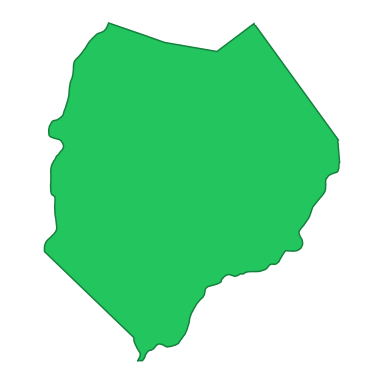 Dacretin, Choiseul, Saint Lucia (Mercator projection)
{"feature_id": "8701671B29376048072153", "entity_name": "Dacretin", "entity_type": "district", "adm_level": 2, "iso_a3": "LCA", "parent_name": "Saint Lucia", "parent_adm1": "Choiseul", "projection": "mercator", "projection_center": [-61.036, 13.796], "detail": "fine", "context": "isolated", "style": "filled", "palette": "green", "viewbox_px": 384, "rotation_deg": 0, "n_neighbors": 0, "source": "geoboundaries", "source_scale": "gbopen_adm2", "svg_char_len": 5877}
<svg xmlns="http://www.w3.org/2000/svg" viewBox="0 0 384 384"><path d="M255.6,25.7L254.2,24.9L254.2,24.5L254.0,23.6L216.9,51.5L164.3,42.4L145.0,35.5L108.6,23.0L106.8,27.4L106.6,27.8L106.2,28.4L105.1,29.8L104.5,30.5L103.9,31.0L103.3,31.4L102.9,31.6L101.7,32.2L100.2,32.8L99.4,33.0L97.8,33.6L97.5,33.8L96.8,34.2L96.2,34.7L94.1,36.9L93.4,37.5L92.7,38.1L90.4,40.6L89.4,41.7L88.4,43.1L86.8,45.7L85.7,47.5L85.0,48.6L81.1,53.9L79.0,56.3L77.5,57.9L76.2,59.1L75.7,59.7L75.0,60.6L74.5,61.3L74.2,62.0L74.0,62.9L73.9,63.3L73.6,65.1L73.5,65.5L73.5,66.3L73.5,67.1L73.4,68.0L73.4,68.3L73.4,69.4L73.3,70.2L73.3,71.0L73.0,73.7L72.9,74.4L72.6,75.8L72.4,76.6L72.2,77.5L71.9,78.3L70.8,81.1L70.2,82.8L70.0,84.6L69.7,86.1L69.6,87.0L69.2,90.2L69.2,91.0L69.1,92.3L69.0,93.4L69.0,94.0L68.5,97.2L68.3,98.1L67.9,99.9L67.2,102.0L66.9,103.0L66.5,104.2L66.3,104.9L66.2,105.3L65.8,106.7L65.6,107.3L65.5,107.7L64.7,109.7L64.5,110.0L64.1,111.3L63.4,113.5L63.0,115.0L62.8,115.4L62.6,115.7L61.6,116.6L60.0,118.0L58.9,118.8L57.4,119.7L56.6,120.0L55.7,120.2L53.8,120.6L53.0,120.9L52.7,121.1L52.4,121.3L51.7,122.2L51.3,122.8L51.2,123.0L50.4,124.6L49.8,125.5L49.4,126.3L49.2,127.4L48.8,129.3L48.8,129.7L48.7,130.5L48.7,131.3L48.8,132.6L48.9,134.1L49.0,134.8L49.1,135.2L49.4,135.8L49.6,136.0L50.0,136.3L50.7,136.9L52.2,137.4L52.6,137.7L53.0,137.8L54.1,138.1L55.5,138.6L57.4,139.0L58.1,139.2L59.6,139.7L59.9,139.9L60.2,140.1L60.5,140.4L61.3,141.1L61.4,141.3L61.8,141.8L62.2,142.6L62.8,143.4L62.9,143.7L63.1,144.2L63.2,144.5L63.4,145.6L63.5,146.2L63.5,147.2L63.4,147.5L63.0,148.1L62.8,148.9L62.3,149.6L61.8,150.2L61.2,150.8L59.9,152.3L59.1,153.6L58.8,154.0L58.2,154.6L57.7,155.2L56.5,156.1L55.6,158.2L54.8,159.7L54.3,160.3L53.9,160.8L52.3,163.8L51.7,165.3L51.3,166.5L51.1,167.6L51.0,168.5L50.8,169.7L50.8,172.3L50.9,178.2L50.9,179.5L50.8,182.2L50.6,184.5L50.6,185.6L50.7,189.2L50.8,190.9L51.2,193.2L51.5,194.0L52.0,194.7L53.6,195.6L54.9,197.0L55.0,198.0L55.0,201.6L55.0,203.0L54.7,206.3L54.8,207.6L54.8,209.1L54.9,210.8L54.9,212.3L55.0,213.7L55.3,216.1L55.9,219.3L56.5,225.3L56.7,227.0L56.7,228.4L56.6,229.1L56.2,230.5L55.8,231.3L54.4,233.4L53.3,234.6L52.1,235.7L50.7,237.2L49.6,238.2L49.0,238.7L47.4,240.2L46.1,241.9L45.1,244.1L44.6,245.9L44.5,247.1L44.5,248.6L44.4,250.5L44.6,251.7L133.9,337.6L133.9,340.8L135.3,344.4L137.2,348.3L138.9,351.1L140.3,353.4L140.0,356.5L138.2,359.9L137.7,360.5L138.0,361.0L138.4,360.9L138.8,360.7L139.4,360.5L139.9,360.5L140.6,360.7L141.5,360.7L142.0,360.7L142.4,360.6L142.8,360.3L143.2,359.6L144.3,358.2L144.5,357.9L144.8,357.0L145.5,354.8L145.8,354.3L146.2,353.7L147.0,352.5L147.8,351.5L148.1,351.2L148.9,350.7L149.2,350.5L149.7,350.4L151.0,350.2L151.4,350.1L151.9,349.8L153.2,349.0L153.5,348.7L154.5,347.8L154.7,347.5L155.2,346.8L156.5,345.3L157.3,344.7L158.0,344.3L158.9,344.0L159.6,344.0L160.1,344.0L162.0,344.5L163.6,345.2L164.0,345.4L165.0,346.1L166.1,346.6L166.5,346.8L166.9,346.9L167.3,346.9L170.1,346.5L171.2,346.3L173.9,345.5L174.9,345.2L176.1,344.7L176.9,344.3L178.2,343.5L178.5,343.2L178.8,342.9L179.0,342.6L180.6,340.0L180.8,339.7L181.4,339.0L181.7,338.7L182.9,336.8L183.7,335.8L185.0,334.1L185.7,332.5L186.4,331.0L187.2,328.9L188.1,325.8L188.7,324.1L188.9,323.3L189.1,322.4L189.2,321.4L189.4,320.9L189.5,319.8L189.7,318.5L190.0,317.3L190.5,316.0L191.1,314.1L191.7,312.8L191.9,312.4L192.4,311.6L193.1,310.2L194.4,307.8L195.0,306.7L195.8,305.4L196.2,304.8L196.4,304.4L198.0,302.3L199.8,300.2L201.9,298.1L202.5,297.6L203.1,296.9L203.7,295.8L204.1,295.1L204.3,294.6L204.7,293.1L204.9,291.5L205.0,290.7L205.2,289.9L205.3,289.4L205.5,289.1L205.7,288.7L205.9,288.4L206.7,287.5L207.1,287.2L207.8,286.7L209.0,286.3L210.6,285.9L210.9,285.7L213.4,285.1L217.1,284.0L218.9,283.2L220.0,282.6L220.4,282.3L221.0,281.8L221.3,281.4L221.3,280.6L221.4,279.8L221.8,279.3L222.3,278.6L223.2,277.8L224.4,276.5L225.5,275.7L225.8,275.4L226.2,275.3L227.6,274.7L229.2,274.6L229.6,274.6L230.4,274.9L231.3,275.1L234.3,276.2L234.8,276.2L235.2,276.2L236.0,276.1L236.8,275.8L237.5,275.6L238.3,275.1L239.9,274.1L240.3,274.0L240.7,273.8L240.9,273.8L241.8,273.9L243.1,274.0L243.4,273.8L244.1,273.3L245.2,272.7L246.2,272.3L247.0,272.0L247.8,271.9L249.0,271.7L251.1,271.6L255.5,271.6L259.7,271.4L263.8,270.0L264.5,269.8L264.9,269.6L265.9,269.0L266.3,268.8L266.6,268.5L266.9,268.2L267.9,267.0L268.3,266.3L268.6,266.0L269.5,265.1L269.8,264.8L270.2,264.6L270.9,264.3L271.4,264.2L272.2,264.1L273.0,264.2L273.4,264.2L274.2,264.3L275.5,264.1L275.9,264.0L276.2,263.9L278.8,261.9L280.2,259.0L281.2,257.4L281.9,256.2L282.6,254.8L283.8,253.1L284.0,252.8L284.8,251.7L285.4,251.1L285.7,250.9L286.0,250.8L286.4,250.7L286.9,250.7L287.9,250.9L289.2,250.9L289.7,250.9L290.6,250.9L291.4,251.0L291.8,251.1L292.7,251.1L293.5,251.1L294.3,251.0L295.0,251.0L296.1,250.8L296.5,250.7L297.3,250.5L298.7,249.8L299.7,249.1L300.7,248.3L301.0,248.0L301.2,247.6L302.4,245.0L302.5,244.6L302.6,243.8L302.6,242.3L301.9,239.4L301.8,239.1L301.1,238.1L300.6,237.3L299.7,235.5L299.6,235.0L299.1,233.3L299.0,232.9L299.0,232.1L299.1,231.8L299.3,231.0L300.5,229.1L301.3,228.1L303.6,225.4L303.9,225.1L305.3,222.9L306.2,221.8L306.9,220.7L307.1,220.4L307.4,220.0L307.6,219.6L308.8,217.9L309.5,216.3L310.5,213.7L310.7,213.0L311.2,211.7L311.5,210.5L311.9,209.4L312.8,207.0L313.0,206.7L314.4,205.0L315.8,203.2L317.1,201.6L317.9,200.7L318.1,200.3L319.9,198.2L320.4,197.6L321.9,195.9L322.4,195.2L323.2,194.2L324.2,192.8L324.6,192.0L325.1,190.9L325.4,189.7L325.5,188.8L325.6,186.6L325.7,185.4L325.7,184.2L325.6,183.0L325.6,182.2L325.7,180.5L325.8,179.7L326.0,179.3L326.2,179.0L327.2,177.5L327.9,176.5L328.1,176.2L328.4,175.9L328.9,175.4L330.9,174.3L332.5,173.7L333.3,173.3L333.7,173.2L334.5,172.9L335.3,172.7L336.1,172.4L336.6,172.3L336.9,172.2L337.3,171.9L337.6,171.6L338.0,170.9L338.4,169.7L338.8,168.4L338.8,168.0L338.9,166.9L338.9,164.9L338.9,164.3L339.6,162.5L337.7,139.8L338.2,139.8L255.6,25.7Z" fill="#22c55e" stroke="#15803d" stroke-width="1.5"/></svg>